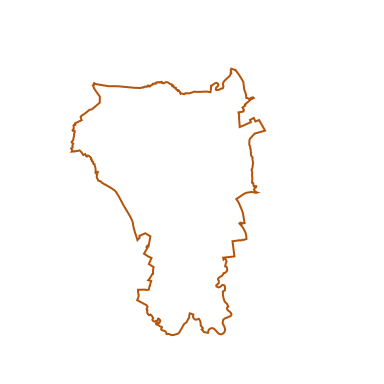 Reghin, Mures, Romania, rotated 334°
{"feature_id": "2599482B84925719631969", "entity_name": "Reghin", "entity_type": "district", "adm_level": 2, "iso_a3": "ROU", "parent_name": "Romania", "parent_adm1": "Mures", "projection": "albers", "projection_center": [24.684, 46.767], "detail": "fine", "context": "isolated", "style": "outline", "palette": "amber", "viewbox_px": 384, "rotation_deg": 334, "n_neighbors": 0, "source": "geoboundaries", "source_scale": "gbopen_adm2", "svg_char_len": 6040}
<svg xmlns="http://www.w3.org/2000/svg" viewBox="0 0 384 384"><g transform="rotate(334 192 192)"><path d="M162.1,326.6L161.9,324.1L162.2,323.0L163.9,320.7L165.3,320.1L166.8,320.0L168.9,320.3L172.0,320.4L173.2,320.1L173.9,319.1L173.9,317.3L172.4,314.0L172.2,313.0L172.3,312.0L173.1,311.2L174.4,311.0L174.4,307.9L173.6,305.8L173.4,304.7L173.4,303.6L173.7,301.7L174.7,297.8L175.5,296.5L175.9,295.2L176.3,294.9L178.5,294.8L180.1,291.5L180.2,290.7L179.9,289.8L178.7,288.9L175.6,289.6L174.2,289.5L172.6,287.7L172.7,287.1L172.9,286.5L173.6,286.2L175.3,286.0L176.1,285.6L177.1,283.8L177.1,281.8L177.8,281.1L179.7,280.6L182.2,280.5L183.7,279.7L184.7,278.8L186.2,279.2L188.2,278.6L189.4,277.7L190.1,275.9L190.2,274.8L190.2,274.3L189.2,273.4L190.8,271.3L192.7,269.4L192.6,266.2L192.3,265.5L190.8,266.3L191.2,264.7L201.9,268.5L206.8,254.0L213.8,256.3L214.0,256.7L214.5,256.9L216.5,257.1L217.4,257.7L220.4,258.1L221.8,254.4L222.3,251.6L222.2,246.4L221.5,243.4L220.8,241.1L221.8,240.7L222.5,241.0L222.9,241.4L222.9,242.3L223.0,242.5L223.4,242.6L223.9,242.2L225.6,243.0L228.5,233.3L229.0,228.8L229.3,221.5L228.7,217.8L237.5,216.5L240.4,216.5L245.6,218.1L249.3,220.9L250.5,221.1L249.8,220.4L249.0,219.1L248.7,217.0L249.4,216.7L250.3,215.9L251.4,215.9L251.8,215.6L252.2,214.9L251.3,214.4L250.5,214.9L250.1,214.2L250.0,213.8L250.9,210.8L250.2,210.3L250.0,209.9L252.4,205.9L252.8,204.5L253.4,203.1L254.8,200.7L255.3,198.1L256.9,196.8L259.8,192.3L260.4,189.9L261.0,188.4L261.6,187.6L261.5,186.7L261.2,186.1L261.3,184.3L262.0,182.8L262.4,182.5L262.3,182.1L263.6,178.9L263.4,178.6L263.4,178.3L264.1,177.1L264.3,174.3L266.2,170.9L267.2,169.7L272.9,167.3L274.2,167.0L284.6,168.9L283.8,156.7L279.9,156.4L280.0,152.5L275.7,152.7L275.6,155.0L266.8,154.8L263.4,154.5L267.0,145.5L267.7,144.7L267.9,143.7L268.4,142.8L268.4,141.5L268.7,140.8L271.5,141.7L273.6,142.1L274.0,141.7L274.2,140.9L274.7,140.7L274.4,138.2L277.3,137.8L277.4,137.3L278.2,137.1L278.1,136.5L285.7,134.6L288.7,134.6L288.6,133.9L286.7,133.2L284.1,133.6L283.1,131.9L282.0,131.4L283.3,127.9L283.9,122.6L286.4,115.5L285.7,107.7L284.7,102.2L284.3,101.7L284.5,101.4L281.3,98.4L280.0,99.8L279.9,101.2L279.4,102.4L278.7,102.2L278.2,103.2L276.8,104.2L270.5,106.1L268.9,106.8L267.1,108.2L266.6,110.7L265.8,111.8L264.8,112.4L263.8,111.8L260.9,111.9L258.5,111.1L258.4,110.3L258.9,109.3L259.8,108.6L262.0,108.1L262.9,106.9L262.7,105.9L261.9,104.7L261.5,104.5L259.6,104.4L256.5,105.1L255.6,104.8L254.2,107.8L252.3,110.4L249.3,108.2L242.6,105.3L239.4,103.7L238.2,102.8L232.8,102.2L231.2,101.2L230.0,100.8L229.4,100.3L228.8,100.6L227.7,100.6L225.7,98.7L224.8,98.8L224.7,98.4L225.0,97.0L224.6,95.9L224.7,95.3L223.8,95.1L224.2,94.6L224.2,94.3L223.0,93.4L222.8,92.7L222.7,92.3L223.2,91.8L223.2,91.3L221.7,90.3L221.6,89.9L221.9,89.1L220.5,88.2L220.6,87.9L221.5,87.6L221.5,87.2L220.9,86.4L219.8,85.6L218.6,83.3L217.8,82.4L216.4,81.8L214.5,81.9L213.6,81.7L213.4,81.5L213.3,81.1L212.8,80.6L213.3,80.5L213.0,79.7L212.6,79.6L212.1,80.0L211.4,79.2L210.6,79.3L209.8,78.4L208.9,78.5L208.5,78.1L207.9,78.0L207.2,78.6L207.0,78.3L206.2,78.4L205.9,78.0L204.8,78.1L204.2,77.6L203.4,78.2L201.2,78.2L201.0,78.6L200.5,78.7L200.2,78.6L200.4,78.2L200.3,77.9L199.8,77.9L199.6,77.5L199.3,77.6L199.0,77.1L198.3,77.6L198.1,77.3L197.1,77.4L196.7,77.0L195.4,76.8L195.2,76.5L194.3,76.9L193.7,76.3L191.5,76.1L185.6,72.9L171.6,64.4L163.2,60.2L153.5,53.3L152.6,52.5L151.8,51.2L151.5,51.2L150.6,52.9L149.7,52.7L149.6,54.6L149.4,55.6L150.0,60.4L151.0,65.8L148.2,71.3L138.7,73.7L138.1,73.7L135.7,73.2L131.4,74.3L125.5,75.2L124.7,75.8L124.3,79.1L117.0,79.0L116.8,80.2L116.5,80.5L115.5,79.9L114.6,80.3L114.3,81.4L113.6,83.0L111.7,84.2L111.9,85.0L113.3,85.5L112.8,86.9L111.6,87.9L110.6,89.9L109.3,91.3L108.3,92.9L106.9,93.9L106.3,93.9L105.7,94.3L105.7,95.1L106.2,95.9L106.4,96.6L104.8,97.8L104.4,99.5L104.1,99.7L102.8,99.7L102.4,100.0L102.7,101.9L101.5,103.0L104.0,103.8L104.0,104.0L109.2,105.4L109.9,107.1L110.5,111.1L112.7,111.1L112.6,113.0L112.8,113.8L113.2,114.1L114.2,113.5L114.6,113.7L115.2,114.4L115.9,116.1L116.2,117.2L115.6,118.2L116.1,118.8L116.0,119.5L115.7,119.5L115.5,120.4L116.2,121.0L116.4,121.8L115.8,122.4L115.8,123.7L116.6,124.3L116.2,125.3L115.8,127.9L114.8,130.6L113.7,132.3L113.7,132.9L114.2,133.0L117.0,132.4L115.6,133.2L114.5,134.3L113.1,136.4L112.7,137.7L112.9,139.4L112.7,140.7L114.6,142.4L114.9,143.8L115.9,145.3L116.7,146.9L117.1,147.0L120.7,152.4L122.8,156.0L123.3,157.1L123.7,158.5L124.3,164.3L124.6,173.7L125.6,185.7L125.7,191.6L125.4,193.4L124.1,197.7L123.0,203.4L122.1,210.4L121.9,211.3L124.9,210.1L125.5,208.4L131.9,208.6L135.2,213.6L129.3,221.5L128.5,220.6L128.2,220.7L127.0,221.6L127.7,222.5L121.8,226.4L124.5,230.9L126.7,233.5L121.6,237.9L124.6,242.6L122.4,245.6L121.1,248.5L120.5,248.3L115.9,251.3L114.0,252.1L116.3,254.1L113.0,257.6L113.0,257.9L112.2,258.5L110.4,260.8L108.5,260.3L107.2,259.3L100.7,256.2L99.7,258.2L99.2,260.3L98.4,262.1L97.5,263.3L95.3,265.2L101.6,273.9L101.7,274.3L101.7,275.7L101.1,276.3L100.2,276.9L99.9,277.4L99.8,278.0L100.1,278.1L100.2,278.4L99.0,280.2L98.8,281.7L99.2,283.7L99.7,284.0L100.8,283.8L101.3,284.7L101.7,286.0L101.8,288.4L100.5,289.2L100.3,289.8L100.9,291.5L101.6,292.0L104.7,292.3L105.2,292.1L105.9,291.0L106.2,291.0L106.6,291.3L107.1,292.9L107.1,293.6L105.6,295.2L104.7,295.4L104.3,294.4L103.1,294.1L102.1,294.3L101.8,294.6L101.8,295.2L103.3,296.8L104.3,298.7L105.7,300.0L105.7,300.5L104.5,301.4L104.1,301.8L104.1,302.2L104.5,303.2L106.5,304.9L107.0,305.7L107.2,307.1L106.8,308.3L107.5,309.0L109.1,309.4L109.7,310.4L111.0,311.7L112.7,312.5L117.8,313.2L119.3,312.5L127.0,307.2L130.1,306.7L132.9,304.4L134.2,303.8L135.9,301.1L136.8,300.1L139.5,302.7L138.1,304.7L138.1,305.9L138.7,307.8L139.3,308.3L140.6,308.8L142.5,308.9L142.7,309.5L142.8,310.9L142.7,312.5L141.4,315.5L141.4,316.4L142.1,319.1L141.7,319.5L140.5,319.8L141.4,323.2L141.6,323.2L144.5,325.6L146.4,323.4L147.4,322.9L148.6,322.8L150.1,323.0L151.4,323.9L152.2,325.4L153.6,330.4L154.3,331.6L156.0,332.8L158.0,332.8L159.6,332.2L161.0,330.9L161.7,329.4L162.1,326.6Z" fill="none" stroke="#b45309" stroke-width="2"/></g></svg>